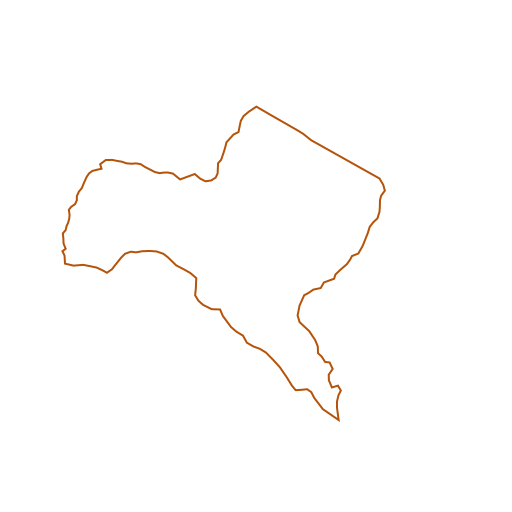 outline of Primavera, Pará, Brazil, rotated 136°
{"feature_id": "56859067B46461793973564", "entity_name": "Primavera", "entity_type": "district", "adm_level": 2, "iso_a3": "BRA", "parent_name": "Brazil", "parent_adm1": "Pará", "projection": "equal_earth", "projection_center": [-47.109, -0.937], "detail": "fine", "context": "isolated", "style": "outline", "palette": "amber", "viewbox_px": 512, "rotation_deg": 136, "n_neighbors": 0, "source": "geoboundaries", "source_scale": "gbopen_adm2", "svg_char_len": 2021}
<svg xmlns="http://www.w3.org/2000/svg" viewBox="0 0 512 512"><g transform="rotate(136 256 256)"><path d="M398.7,383.2L393.9,375.8L386.3,369.5L381.8,363.0L378.6,358.3L376.3,352.2L374.9,347.5L368.7,346.5L363.6,347.3L354.0,348.5L348.7,348.6L343.0,346.0L339.8,342.0L334.7,338.6L329.2,333.7L324.4,328.4L321.1,321.9L320.3,316.4L319.9,304.6L317.1,296.3L315.1,289.6L314.3,281.6L322.1,274.2L327.1,270.0L328.5,263.7L328.0,257.5L324.8,248.5L319.0,242.5L321.5,235.9L323.3,222.4L322.7,215.3L320.7,207.7L322.8,200.0L320.7,192.7L317.8,186.8L315.9,179.6L315.8,169.1L316.1,159.5L318.2,147.0L320.2,137.8L320.7,132.0L316.2,128.1L311.8,124.7L310.8,119.7L312.7,113.4L314.3,99.3L310.5,80.6L303.2,90.5L298.9,95.0L293.5,98.5L288.4,100.3L287.1,105.8L292.7,108.7L289.9,116.0L286.1,120.1L279.3,121.5L277.0,128.3L279.9,131.8L278.6,138.0L278.9,143.0L274.4,148.0L271.9,154.2L269.9,165.0L270.6,178.1L267.4,184.3L259.1,190.1L248.6,194.3L244.1,193.0L238.1,192.0L231.7,188.0L225.5,189.8L215.6,185.4L211.7,187.5L205.4,187.5L196.3,187.0L190.5,188.1L187.0,189.3L180.7,186.7L172.4,189.1L159.7,194.8L153.9,198.0L148.1,198.8L142.5,198.7L136.5,202.0L133.1,205.0L128.1,210.0L124.2,212.4L117.9,213.5L115.0,218.9L113.3,225.9L135.9,301.0L137.2,311.1L138.4,315.9L147.7,348.0L149.1,353.0L152.0,363.2L160.9,364.8L167.7,365.3L173.0,363.8L178.2,360.3L182.5,357.3L187.8,359.0L198.3,358.3L202.9,355.4L207.8,352.7L214.3,349.4L218.8,349.1L226.2,342.1L230.5,340.4L235.8,341.5L240.5,344.9L242.4,350.4L243.1,357.5L253.3,362.0L257.4,363.8L258.5,373.0L261.5,377.4L264.6,380.2L267.8,382.6L270.4,386.6L274.0,397.1L275.2,402.3L278.0,406.0L281.2,408.6L284.7,412.5L287.1,417.2L289.9,420.9L292.5,424.8L297.4,429.4L304.3,430.3L306.5,426.1L310.8,428.7L314.7,430.9L318.6,431.4L322.7,430.6L330.0,427.7L333.9,425.9L338.8,425.3L343.3,423.5L346.1,420.6L350.1,419.0L354.9,419.8L358.6,419.2L361.5,415.1L364.5,412.5L368.1,410.4L371.5,409.1L375.1,406.8L379.2,406.5L382.1,402.8L385.8,398.6L387.9,393.4L391.9,393.9L393.5,389.2L398.7,383.2Z" fill="none" stroke="#b45309" stroke-width="2"/></g></svg>